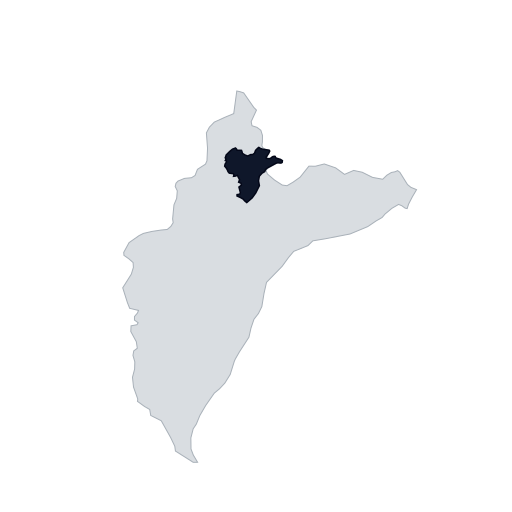 where Causeni sits in Moldova, rotated 242°
{"feature_id": "MDA-1649", "entity_name": "Causeni", "entity_type": "District", "adm_level": 1, "iso_a3": "MDA", "parent_name": "Moldova", "parent_adm1": "", "projection": "equal_earth", "projection_center": [29.315, 46.605], "detail": "fine", "context": "in_parent", "style": "filled", "palette": "ink", "viewbox_px": 512, "rotation_deg": 242, "n_neighbors": 0, "source": "natural_earth", "source_scale": "10m", "svg_char_len": 3039}
<svg xmlns="http://www.w3.org/2000/svg" viewBox="0 0 512 512"><g transform="rotate(242 256 256)"><path d="M101.3,107.6L103.3,103.7L121.6,93.3L126.2,95.0L135.7,95.4L155.0,95.0L164.6,88.2L170.4,90.1L175.3,87.0L183.3,83.1L184.4,83.9L185.4,84.5L197.7,86.3L206.9,90.0L213.1,95.7L219.4,99.3L226.0,100.7L229.6,103.5L230.3,107.9L236.5,110.1L248.1,110.0L253.0,112.9L251.2,118.7L252.4,120.6L256.5,118.6L259.6,120.3L261.3,124.6L263.1,126.7L269.1,119.9L275.3,120.6L290.5,123.4L298.5,137.4L303.5,142.4L307.9,144.4L313.5,142.3L318.5,139.7L321.3,140.9L327.4,150.2L328.9,162.3L328.8,167.2L326.6,175.5L323.5,184.3L321.1,190.1L322.1,194.7L324.3,198.5L327.9,199.8L339.7,207.6L344.1,213.0L350.5,217.1L355.3,217.3L357.8,219.5L358.8,222.3L358.1,229.3L355.4,235.8L355.7,240.0L360.0,245.0L360.5,250.8L360.8,254.5L363.1,257.4L373.9,263.8L388.0,270.0L391.6,275.3L393.8,282.0L393.1,293.4L392.2,303.2L410.7,316.5L408.6,319.0L405.8,321.7L388.2,323.8L384.6,324.9L376.9,314.8L372.9,313.6L369.1,317.3L364.7,319.3L359.4,318.3L353.7,315.2L350.8,313.0L348.5,312.8L345.0,314.9L340.2,314.0L337.1,311.5L332.6,320.0L329.9,321.8L328.2,321.6L327.9,307.1L326.6,304.9L323.0,304.6L314.4,308.0L306.3,312.5L303.5,316.4L303.8,323.5L304.9,332.0L310.5,344.9L307.4,350.5L305.2,359.5L296.4,367.7L286.5,372.5L285.7,382.4L280.1,389.1L270.7,395.8L264.3,403.9L265.9,409.5L266.2,414.7L265.1,418.3L264.9,421.1L262.4,422.3L248.0,423.3L243.9,425.0L239.2,428.9L234.7,421.6L230.2,415.1L226.9,411.7L228.3,410.1L232.0,408.3L234.6,406.1L234.3,398.4L232.5,389.7L230.8,385.4L230.6,378.8L229.5,368.4L231.3,349.3L238.7,325.2L242.7,313.3L240.8,306.8L242.4,291.5L239.4,284.0L234.6,274.2L227.8,252.9L219.2,245.5L208.6,237.4L204.1,231.2L201.1,224.5L194.8,217.8L187.6,211.6L179.1,196.3L174.7,189.3L173.3,187.5L163.5,177.6L158.4,168.8L155.9,161.5L154.5,154.8L147.7,141.5L141.5,131.5L135.6,124.4L132.9,119.4L126.0,113.1L116.1,108.0L109.7,107.2L101.3,107.6Z" fill="#d9dde1" stroke="#a8b0b8" stroke-width="1"/><path d="M327.8,324.1L326.3,323.0L326.3,321.8L326.9,320.7L327.7,319.6L328.3,318.5L328.5,317.1L328.4,307.4L327.8,304.9L326.4,303.3L326.3,300.3L324.9,296.4L321.2,293.5L316.5,292.0L311.8,285.4L309.1,279.9L307.5,272.9L309.9,271.9L312.4,271.3L315.2,269.5L317.9,267.4L319.1,268.1L318.5,269.8L318.3,270.9L319.4,272.0L324.9,273.3L325.4,276.3L327.2,277.0L329.3,275.3L331.2,277.4L333.6,277.3L335.9,277.5L336.3,275.0L336.9,273.6L338.0,274.6L339.2,274.7L341.7,271.3L343.6,270.9L345.5,271.1L347.7,271.0L350.0,270.5L351.7,271.9L352.9,274.1L354.0,274.4L354.7,273.7L355.5,274.8L357.2,275.3L357.3,275.1L358.1,276.0L359.2,277.1L360.7,282.0L361.4,285.4L361.0,288.6L359.7,289.0L358.2,289.0L357.2,290.9L356.1,292.8L354.6,292.6L353.0,292.2L350.5,293.6L348.2,295.6L348.1,297.2L348.1,298.8L347.1,300.9L347.5,303.0L349.5,305.2L350.4,308.1L350.6,309.4L350.6,309.5L348.9,310.4L347.2,312.0L343.3,317.3L342.2,317.4L340.6,315.3L338.5,311.3L337.3,310.9L335.7,313.3L335.4,314.6L335.9,317.0L335.8,318.0L335.2,319.5L334.7,319.7L334.1,319.5L333.0,319.8L329.8,323.0L327.8,324.1Z" fill="#0f172a" stroke="#020617" stroke-width="1.5"/></g></svg>